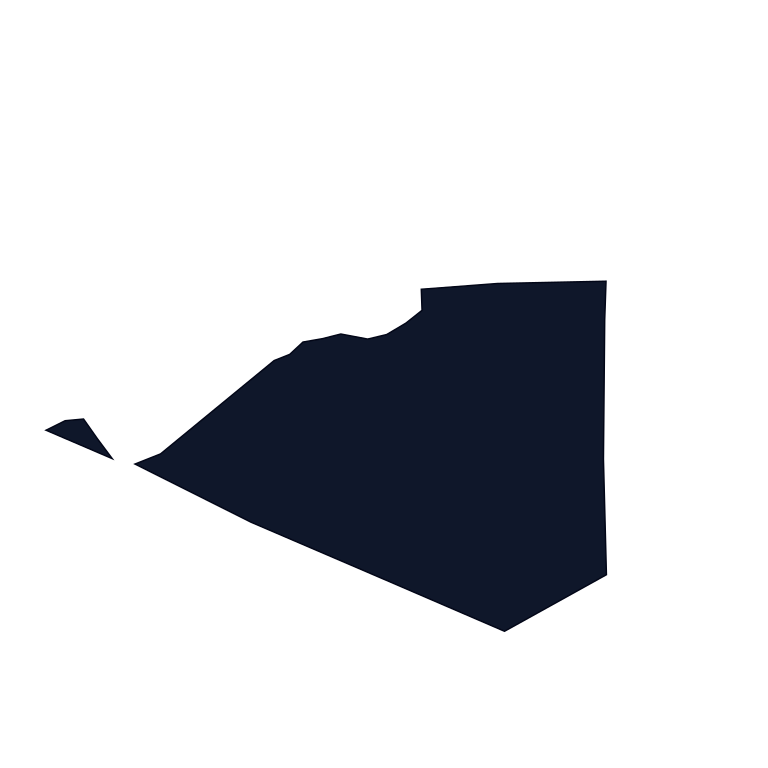 the district of Pilõezinhos, Paraíba, Brazil, rotated 206°
{"feature_id": "56859067B31545744906067", "entity_name": "Pilõezinhos", "entity_type": "district", "adm_level": 2, "iso_a3": "BRA", "parent_name": "Brazil", "parent_adm1": "Paraíba", "projection": "orthographic", "projection_center": [-35.529, -6.853], "detail": "fine", "context": "isolated", "style": "filled", "palette": "ink", "viewbox_px": 768, "rotation_deg": 206, "n_neighbors": 0, "source": "geoboundaries", "source_scale": "gbopen_adm2", "svg_char_len": 496}
<svg xmlns="http://www.w3.org/2000/svg" viewBox="0 0 768 768"><g transform="rotate(206 384 384)"><path d="M392.0,485.5L382.1,466.9L391.0,448.3L403.3,429.6L418.4,417.2L444.7,410.0L459.4,397.6L475.2,386.2L481.7,369.3L493.0,356.9L554.2,223.2L572.7,202.9L442.7,201.5L300.0,208.4L167.3,214.6L100.5,310.1L153.9,412.8L213.8,538.5L229.5,573.7L326.0,524.1L392.0,485.5ZM667.5,194.3L595.6,197.8L617.5,209.1L638.7,220.8L654.5,211.2L667.5,194.3Z" fill="#0f172a" stroke="#020617" stroke-width="1.5"/></g></svg>